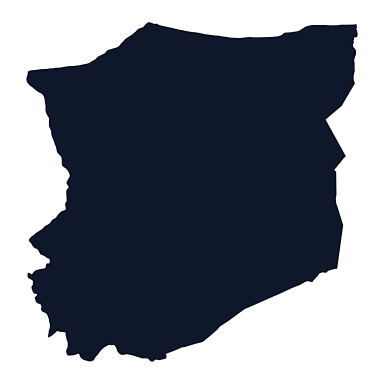 La Ceiba, Atlántida, Honduras (Robinson projection)
{"feature_id": "27666195B56820248384798", "entity_name": "La Ceiba", "entity_type": "district", "adm_level": 2, "iso_a3": "HND", "parent_name": "Honduras", "parent_adm1": "Atlántida", "projection": "robinson", "projection_center": [-86.825, 15.67], "detail": "fine", "context": "isolated", "style": "filled", "palette": "ink", "viewbox_px": 384, "rotation_deg": 0, "n_neighbors": 0, "source": "geoboundaries", "source_scale": "gbopen_adm2", "svg_char_len": 5690}
<svg xmlns="http://www.w3.org/2000/svg" viewBox="0 0 384 384"><path d="M355.8,24.9L354.9,25.2L353.4,25.3L347.3,25.5L341.8,25.5L340.1,25.6L337.2,26.0L331.6,26.1L329.9,26.1L323.7,25.7L321.0,25.8L314.9,25.7L312.1,25.8L308.1,26.6L305.4,27.6L299.3,31.6L296.3,32.2L291.2,33.0L285.3,33.4L284.3,33.7L282.8,35.1L281.6,35.9L279.5,36.7L277.8,37.1L272.0,37.7L259.3,38.1L252.7,38.1L250.2,37.7L247.7,38.0L245.7,38.0L242.5,38.6L238.4,38.8L230.1,38.4L226.8,37.7L222.8,37.3L219.0,36.5L214.5,36.3L213.2,36.0L211.0,35.8L207.4,35.2L205.0,35.0L199.3,33.7L195.6,33.1L191.3,32.7L184.4,31.5L181.7,30.7L181.1,30.8L180.0,30.7L177.1,29.9L174.1,29.3L172.4,28.7L170.6,28.4L160.2,26.1L158.0,25.3L156.9,24.5L156.2,24.5L155.3,24.8L154.8,24.7L153.5,24.4L150.5,23.3L149.4,23.0L148.6,23.1L147.7,23.4L146.9,24.2L145.8,25.1L144.2,27.3L142.5,28.2L139.2,29.3L138.5,29.7L137.3,30.8L136.3,32.1L135.6,32.5L133.2,34.7L129.9,37.0L127.8,38.1L125.2,40.1L124.2,41.5L121.8,43.9L119.6,46.5L118.7,47.3L116.9,48.2L113.2,49.2L111.9,49.7L109.2,50.4L108.0,50.9L107.0,51.7L106.5,52.3L106.0,53.1L104.6,54.3L102.6,55.1L101.4,55.8L99.2,56.8L97.3,58.2L96.7,59.2L94.5,60.7L92.0,62.0L89.8,63.6L86.9,64.5L83.6,65.1L79.8,66.0L77.1,66.2L74.8,66.7L71.3,66.8L67.1,67.1L59.7,68.4L56.0,68.6L51.6,69.2L49.4,69.1L48.3,69.6L44.5,69.7L40.0,70.0L38.9,70.3L34.6,70.8L30.5,71.2L29.8,71.4L28.6,72.1L28.3,74.9L27.1,78.7L27.4,80.9L27.7,81.9L29.8,84.5L30.9,85.4L33.2,86.9L34.1,87.8L37.3,90.4L39.6,91.9L41.2,92.6L42.3,93.2L43.9,95.0L44.6,96.4L45.3,98.7L45.6,101.0L45.7,102.6L46.3,105.8L46.2,108.6L46.4,111.3L47.3,113.9L49.1,116.6L49.8,118.4L49.9,119.6L49.7,121.4L49.7,125.6L50.0,126.7L51.2,129.1L51.9,130.8L52.0,133.4L52.4,135.9L54.4,140.2L54.6,141.2L55.5,144.0L56.2,145.4L56.9,147.8L57.5,150.8L57.9,152.0L58.5,152.8L61.8,156.4L62.1,157.0L62.6,160.0L62.5,163.6L62.7,165.0L62.9,165.4L65.5,167.4L66.6,168.1L67.2,168.7L68.8,171.0L69.4,172.1L70.2,174.0L70.6,175.3L70.5,176.1L70.4,176.8L69.6,178.1L69.2,178.9L67.7,181.6L67.3,182.7L67.4,183.4L69.2,186.3L69.5,187.1L69.1,188.0L67.4,190.1L67.0,191.5L67.0,193.7L67.3,195.7L67.2,196.5L67.4,199.9L67.6,201.0L67.5,201.4L66.3,202.9L66.0,203.7L66.0,205.7L66.7,208.1L66.6,209.1L66.4,209.7L65.7,210.5L61.8,212.1L60.4,213.1L58.0,215.9L57.6,216.7L56.3,218.3L54.7,219.4L52.8,220.3L51.2,222.7L50.1,224.0L48.8,224.9L45.4,226.7L43.7,228.6L42.3,229.8L36.5,233.5L34.7,235.2L31.7,237.4L30.1,239.1L29.6,240.1L29.7,240.5L29.9,241.0L32.2,243.4L32.5,244.5L34.0,246.5L35.2,247.5L37.7,248.5L38.4,249.1L40.6,253.0L41.2,253.9L44.3,255.1L48.3,257.8L49.0,258.0L49.6,257.8L50.0,258.0L50.2,258.5L50.3,259.7L50.8,261.0L50.7,261.4L50.1,262.9L49.9,264.2L49.7,264.7L49.3,265.0L48.9,264.9L48.4,264.3L48.0,264.0L47.6,264.1L47.2,264.3L46.7,265.1L46.7,266.6L46.5,267.5L45.8,268.3L44.8,269.0L44.1,269.3L39.6,269.9L35.7,271.2L34.4,272.3L33.0,274.3L32.1,275.0L31.6,275.0L30.6,274.6L28.8,273.5L28.4,273.7L28.3,274.2L28.3,276.0L28.5,276.8L28.7,277.3L30.7,278.5L32.1,279.2L33.4,280.4L33.7,280.9L33.8,281.7L33.5,283.9L33.8,285.1L33.6,285.5L32.5,286.3L32.3,286.8L32.2,287.2L32.4,288.4L33.5,291.5L34.0,292.4L34.6,292.9L35.2,293.0L37.4,293.1L37.7,293.2L37.8,293.5L37.9,294.6L37.7,295.4L37.2,296.2L35.7,297.4L35.6,297.8L35.6,298.4L36.2,299.5L36.3,300.5L36.4,301.1L37.0,301.8L37.7,302.4L38.5,302.8L40.5,303.4L41.4,304.2L41.9,305.2L42.2,306.3L42.2,307.1L41.8,308.9L41.8,309.5L42.1,310.0L42.5,310.7L43.2,311.2L45.9,312.3L47.1,313.3L48.0,314.8L49.6,318.9L49.7,319.5L49.7,321.1L50.6,323.5L50.6,327.8L50.4,328.7L49.5,330.9L49.4,332.7L48.8,335.9L48.9,336.5L51.2,335.2L52.4,334.3L55.2,331.9L57.0,330.0L57.7,330.1L59.6,331.0L63.4,331.3L65.1,331.6L65.9,331.9L66.3,332.3L66.6,333.2L66.3,335.2L67.0,337.3L67.3,339.2L68.2,341.6L68.5,343.6L68.4,347.1L68.1,348.0L67.1,350.0L66.9,350.9L67.0,351.9L67.2,352.8L67.5,353.8L68.0,354.6L68.3,354.8L69.1,354.8L73.4,354.5L74.9,354.1L78.3,352.8L79.1,352.8L79.4,353.1L79.8,353.7L81.0,356.7L82.1,358.0L84.1,359.2L88.6,360.5L89.8,360.7L91.1,360.6L92.0,360.3L92.9,359.7L93.4,359.2L95.4,355.9L96.9,354.7L98.9,351.8L100.2,350.0L101.7,348.5L103.8,346.8L107.4,344.7L108.7,344.2L111.3,344.4L113.8,344.2L114.3,344.3L114.8,344.6L115.9,345.7L117.4,348.6L117.6,349.3L117.7,350.3L117.9,350.7L120.0,353.3L121.7,354.1L123.3,354.1L126.9,353.4L133.5,354.8L139.6,356.8L142.6,357.6L143.6,357.7L145.8,357.5L147.9,357.8L148.4,358.1L149.4,358.8L150.7,360.4L152.2,361.0L153.3,360.4L155.2,358.8L157.6,359.0L159.2,359.4L159.7,359.4L161.6,358.8L164.3,358.3L165.7,357.6L165.8,357.2L165.8,356.4L165.0,354.2L165.1,353.6L165.5,353.2L174.1,350.0L181.9,346.6L183.8,346.5L196.6,342.7L202.3,341.3L209.7,335.3L217.3,328.6L219.4,325.9L228.2,320.2L244.1,308.5L252.1,305.1L269.8,297.2L279.1,293.2L290.5,287.9L294.5,286.2L299.8,284.2L305.1,281.1L306.3,280.6L308.3,280.5L312.0,281.3L312.9,279.9L314.8,278.1L315.8,276.5L317.2,275.6L317.5,275.0L317.6,274.4L317.9,273.9L318.8,273.1L320.2,272.3L322.7,271.5L324.8,272.0L326.0,271.9L326.4,271.7L327.2,270.6L328.0,270.1L334.1,268.2L335.9,267.9L336.5,268.0L342.4,225.2L336.8,207.1L335.6,203.9L335.1,199.8L335.1,198.0L335.7,194.4L335.4,172.1L333.9,170.9L333.7,170.5L333.6,170.0L334.0,168.9L336.3,166.2L337.5,164.6L339.7,162.3L341.0,160.4L343.5,157.3L344.9,156.1L324.6,119.4L341.1,105.4L354.1,83.3L353.8,82.9L353.2,80.8L352.9,79.3L352.8,78.1L353.0,75.4L353.2,74.0L354.0,71.0L354.0,70.1L353.7,67.0L353.9,66.0L353.9,63.7L353.4,61.0L353.4,60.1L354.1,57.3L355.2,54.3L355.3,51.7L355.0,50.4L354.4,49.3L352.4,47.1L352.2,46.5L352.3,44.5L352.5,43.7L353.0,42.4L353.0,42.0L352.6,40.7L352.7,40.2L353.3,39.3L353.2,37.0L353.6,36.7L354.1,36.6L355.9,36.6L356.4,36.3L356.8,35.5L356.9,33.7L356.8,33.3L356.1,30.4L355.8,29.7L355.5,29.6L355.3,29.1L355.4,28.4L355.5,28.1L356.1,27.7L356.3,27.4L355.9,26.1L355.8,24.9Z" fill="#0f172a" stroke="#020617" stroke-width="1.5"/></svg>